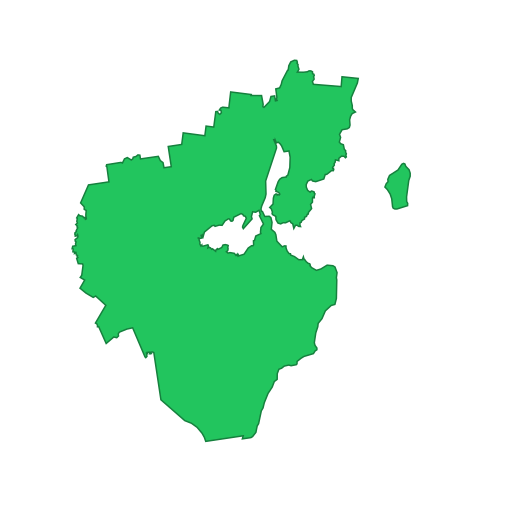 Porirua City, Wellington, New Zealand, rotated 157°
{"feature_id": "76426892B55441287291699", "entity_name": "Porirua City", "entity_type": "district", "adm_level": 2, "iso_a3": "NZL", "parent_name": "New Zealand", "parent_adm1": "Wellington", "projection": "mercator", "projection_center": [174.863, -41.084], "detail": "fine", "context": "isolated", "style": "filled", "palette": "green", "viewbox_px": 512, "rotation_deg": 157, "n_neighbors": 0, "source": "geoboundaries", "source_scale": "gbopen_adm2", "svg_char_len": 6151}
<svg xmlns="http://www.w3.org/2000/svg" viewBox="0 0 512 512"><g transform="rotate(157 256 256)"><path d="M331.6,90.8L329.7,91.1L325.0,93.7L321.4,99.0L319.1,100.7L311.6,111.4L308.9,113.4L305.7,117.7L298.6,124.8L292.3,129.0L288.2,133.3L284.7,134.2L282.4,139.4L279.2,142.8L276.3,142.7L273.0,143.6L268.4,142.8L266.6,141.3L261.4,140.2L260.4,140.7L259.4,142.9L254.4,144.3L251.0,144.8L241.3,143.7L238.7,145.5L236.6,145.9L235.9,147.5L236.6,150.7L236.2,153.4L231.0,161.9L226.8,166.7L225.1,169.7L219.8,172.5L213.6,178.4L206.1,181.1L202.3,180.6L198.6,185.5L191.0,202.4L190.5,204.6L187.9,209.0L187.6,215.0L189.0,217.0L194.1,219.8L201.3,218.7L206.0,219.2L209.3,223.5L210.1,225.9L209.6,226.3L209.6,227.9L210.8,228.8L212.0,231.1L212.6,233.8L213.1,233.9L212.7,236.7L214.8,234.5L218.1,235.9L220.8,240.4L223.7,243.3L223.4,244.6L224.7,245.4L225.4,248.6L225.2,251.7L224.5,253.5L225.8,254.2L228.3,254.2L231.0,261.5L229.4,267.8L229.4,270.4L231.5,274.6L228.1,280.7L227.3,285.5L228.3,287.4L232.5,289.0L232.7,294.5L233.6,295.0L233.0,297.4L231.2,299.8L224.7,306.1L222.6,309.1L217.8,321.3L194.9,347.4L194.2,349.4L194.2,356.1L193.5,355.8L193.5,354.3L193.0,355.2L193.0,352.1L191.1,352.1L190.0,350.0L189.4,347.4L189.4,341.0L184.6,339.8L186.0,333.5L190.3,324.2L195.1,318.0L196.9,317.6L197.3,316.9L201.4,318.0L204.2,317.4L206.5,315.8L212.2,309.6L211.8,308.4L212.4,307.7L210.9,306.4L209.9,304.6L210.0,303.5L210.9,303.1L211.8,304.0L212.7,303.8L212.5,304.6L213.3,305.3L215.5,304.8L217.4,302.5L220.0,297.2L224.4,295.3L223.5,293.6L223.7,290.1L224.7,288.6L224.5,287.5L222.3,284.7L223.4,281.6L222.9,277.7L220.7,275.9L218.1,276.1L215.8,275.0L211.1,275.2L210.8,273.0L209.6,271.3L210.4,266.6L207.7,268.8L206.2,268.3L205.2,266.6L203.5,265.7L203.5,267.3L202.6,269.3L201.2,269.4L199.9,270.7L196.9,271.1L196.1,272.7L194.1,272.7L192.4,274.4L191.5,274.2L190.6,275.7L186.3,277.9L185.6,282.2L183.0,283.5L181.5,287.0L180.5,287.5L181.6,288.0L179.7,287.6L179.8,286.2L179.1,288.2L177.4,290.2L177.8,291.1L177.4,292.1L178.5,293.4L179.7,294.2L181.2,293.6L182.8,296.2L182.8,299.7L181.9,302.1L179.0,304.7L175.1,304.8L174.7,303.0L172.0,301.1L163.5,300.4L160.4,304.0L159.0,303.5L153.0,305.1L151.6,304.3L150.7,305.1L151.0,305.8L150.5,306.3L151.2,306.7L150.9,307.6L148.4,309.0L148.0,310.5L146.6,311.3L145.3,313.5L142.5,311.3L141.6,313.5L138.3,314.5L136.0,313.4L135.3,311.5L134.1,311.9L133.9,313.8L132.9,314.7L133.0,316.6L132.3,317.8L133.0,319.8L132.1,324.3L134.1,326.2L134.8,328.3L131.8,332.1L131.6,335.4L127.4,338.6L122.3,337.4L119.9,337.8L118.3,339.8L116.6,344.8L114.2,347.8L111.8,349.5L108.2,349.7L109.7,352.9L109.7,354.2L108.6,356.8L107.8,361.4L106.4,364.7L95.1,375.6L92.5,379.5L106.8,387.4L111.4,378.7L136.1,391.6L135.9,394.6L133.4,396.1L132.8,398.8L131.9,399.3L131.7,400.7L132.7,401.7L132.0,403.5L133.1,404.9L134.8,405.7L136.7,405.5L140.5,406.6L146.1,409.1L143.5,411.1L143.2,414.5L142.5,415.7L142.9,417.6L142.2,418.2L142.1,420.1L144.2,421.2L148.2,421.1L151.4,418.4L153.8,414.5L154.4,414.6L163.5,407.1L165.7,404.1L168.6,401.5L172.5,402.1L174.8,393.8L175.9,392.5L175.8,390.9L177.5,391.2L176.3,396.1L179.9,397.0L183.1,392.9L190.6,389.7L191.3,390.8L190.1,393.0L188.2,401.5L197.9,405.7L197.3,406.5L215.2,416.9L223.1,403.0L228.5,406.0L230.7,406.0L232.7,404.7L231.3,403.7L231.9,401.4L234.0,400.5L235.0,402.1L234.9,404.1L236.6,404.6L244.5,391.2L251.2,395.1L256.1,386.7L274.9,397.8L280.8,387.7L294.0,391.1L299.1,371.3L306.2,373.2L305.1,378.3L306.8,381.2L307.0,385.9L324.4,390.5L323.5,394.2L325.2,395.2L327.5,394.5L330.4,394.9L331.4,393.6L333.3,393.1L336.0,396.9L339.1,396.8L342.6,393.8L343.7,394.9L357.8,398.4L358.8,397.2L358.4,396.4L362.4,381.7L382.4,386.9L396.7,373.4L394.9,368.4L395.9,366.1L394.5,364.3L396.7,360.1L397.6,356.5L398.7,356.4L398.5,358.4L399.5,358.5L400.1,360.4L402.5,362.0L403.1,363.4L406.2,361.1L405.8,360.4L407.4,357.9L407.5,356.1L409.6,355.4L408.7,353.3L409.4,352.7L409.1,351.6L411.6,349.6L411.7,348.8L413.7,348.0L414.4,346.3L414.1,345.9L414.6,344.9L413.1,344.6L411.9,345.4L412.2,343.6L413.1,342.6L416.1,341.8L416.6,340.3L416.1,339.3L417.4,337.7L417.7,335.9L420.9,336.6L422.3,334.7L421.7,334.6L421.6,333.8L422.9,331.4L421.3,330.4L422.0,329.3L420.4,329.5L421.0,327.2L420.1,326.2L420.9,325.2L420.6,324.1L422.0,323.9L422.6,318.4L418.7,316.5L418.9,314.9L423.9,306.4L426.2,304.9L423.1,300.8L430.6,295.1L426.9,288.1L422.0,281.5L419.2,281.8L413.5,269.3L430.0,257.0L429.0,255.6L429.0,254.2L429.6,252.8L428.4,252.3L428.1,234.0L418.6,237.0L416.1,235.2L413.8,236.1L413.2,238.2L411.5,239.3L403.5,239.2L397.6,238.1L397.6,206.5L397.2,205.5L395.6,206.2L394.8,209.3L394.0,208.6L393.8,209.8L392.0,209.3L391.9,207.3L390.5,207.1L391.0,208.7L388.8,208.1L387.8,207.0L399.7,160.8L385.9,132.3L380.8,127.3L377.2,121.4L374.9,113.9L374.4,109.3L374.7,105.0L338.0,95.5L340.0,93.0L331.6,90.8ZM260.0,266.4L266.3,262.3L272.2,262.9L272.5,263.3L271.7,263.2L271.9,264.6L272.7,263.5L272.9,264.9L274.2,264.3L274.9,266.9L278.6,269.3L280.6,269.6L281.6,271.5L279.9,272.0L278.9,273.5L278.5,275.2L277.5,276.4L277.8,277.0L279.8,278.5L282.1,279.0L284.2,277.2L289.2,276.9L288.3,277.4L288.6,277.9L290.6,277.2L291.3,276.1L293.2,279.6L294.1,279.4L294.8,281.4L295.5,281.9L295.6,281.4L295.8,282.5L297.1,282.3L295.8,284.2L295.9,285.1L301.2,285.8L301.8,286.6L301.6,287.3L302.8,286.7L303.0,289.1L302.2,290.5L302.1,293.2L301.4,294.0L302.6,295.7L300.7,294.0L298.6,293.7L298.5,297.2L297.7,295.0L297.2,295.7L297.2,294.4L294.1,298.2L284.7,301.0L282.5,300.6L282.1,299.3L277.8,298.8L275.2,297.5L270.8,300.4L266.9,301.0L265.9,300.4L265.7,298.2L264.6,297.4L263.3,297.7L261.3,300.4L253.2,300.9L251.8,299.3L251.8,297.9L250.3,296.7L250.2,294.5L256.1,289.2L257.1,287.9L257.0,286.1L245.1,291.7L244.8,294.1L241.8,298.0L239.2,296.4L235.4,296.9L235.8,292.4L237.1,291.8L236.6,282.5L240.3,280.3L242.6,276.2L242.7,274.7L248.4,274.5L251.3,270.9L252.4,271.0L253.8,267.3L254.8,266.6L256.0,267.2L260.0,266.4ZM107.8,244.2L96.8,243.1L95.8,245.2L96.0,247.3L94.3,251.6L85.9,265.8L82.9,269.2L81.7,272.0L81.4,275.6L83.1,280.0L83.0,282.6L84.0,283.6L85.9,283.5L91.7,279.7L101.6,278.0L104.7,275.1L105.4,272.8L107.8,271.7L110.4,269.1L109.1,265.7L108.3,260.6L108.7,255.6L111.0,248.1L111.0,246.4L109.9,245.1L107.8,244.2Z" fill="#22c55e" stroke="#15803d" stroke-width="1.5"/></g></svg>